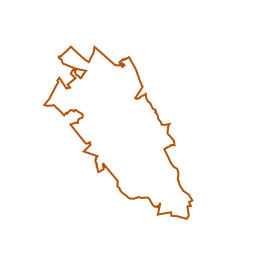 the district of Atlacomulco, México, Mexico, rotated 27°
{"feature_id": "50627088B32133726241460", "entity_name": "Atlacomulco", "entity_type": "district", "adm_level": 2, "iso_a3": "MEX", "parent_name": "Mexico", "parent_adm1": "México", "projection": "mercator", "projection_center": [-99.861, 19.816], "detail": "fine", "context": "isolated", "style": "outline", "palette": "amber", "viewbox_px": 256, "rotation_deg": 27, "n_neighbors": 0, "source": "geoboundaries", "source_scale": "gbopen_adm2", "svg_char_len": 5595}
<svg xmlns="http://www.w3.org/2000/svg" viewBox="0 0 256 256"><g transform="rotate(27 128 128)"><path d="M67.5,72.5L61.4,71.0L63.2,76.9L63.1,78.9L63.2,87.1L58.0,86.5L45.0,83.0L40.2,81.5L39.7,82.9L39.2,84.9L38.9,85.6L38.2,88.1L37.9,88.2L36.0,93.5L35.9,94.1L35.7,94.4L35.2,94.8L34.8,95.0L34.7,95.0L34.4,95.2L34.1,95.6L34.0,95.8L34.1,96.2L34.5,96.8L34.6,97.0L35.0,97.1L35.3,97.1L35.6,97.1L36.1,96.9L36.5,96.9L36.6,97.1L37.3,97.4L37.8,97.5L38.1,97.6L38.2,97.9L38.5,98.2L38.8,98.3L39.2,98.9L39.4,99.2L39.6,99.3L39.9,99.6L40.4,99.8L41.0,100.0L41.7,100.2L42.2,100.1L43.1,99.8L48.8,99.5L55.7,98.6L64.7,96.1L63.6,101.4L63.8,100.9L63.8,101.2L63.8,101.5L63.7,102.6L63.6,102.9L63.5,103.1L63.7,104.2L63.7,104.5L63.6,104.8L63.5,105.0L63.3,105.2L63.1,105.2L62.8,105.2L62.3,105.0L61.2,104.5L60.7,104.3L60.4,104.1L60.1,104.0L59.2,104.1L58.9,104.3L58.6,104.5L58.4,104.4L57.9,104.2L57.7,104.1L56.5,103.0L56.3,102.9L55.7,102.6L55.2,102.0L55.0,101.6L55.0,101.4L55.1,100.9L55.4,100.4L55.3,100.2L55.2,100.1L54.7,100.2L54.3,100.5L54.1,100.8L53.9,100.9L52.9,101.1L52.5,101.3L52.3,105.5L58.6,107.6L54.5,116.7L58.1,118.3L57.2,119.1L55.8,119.7L55.5,120.2L55.3,120.7L44.0,114.5L43.5,117.8L45.1,118.6L44.7,125.4L44.8,128.4L44.6,134.8L44.9,136.9L44.5,138.4L44.2,139.8L43.9,140.9L43.8,141.4L43.5,143.1L43.3,143.5L43.0,145.5L46.2,144.8L46.6,144.6L48.3,143.4L49.6,142.8L50.5,142.2L51.4,141.3L61.4,144.2L65.4,145.8L66.0,142.5L67.4,142.8L67.7,140.6L68.6,138.3L70.7,137.4L72.4,137.7L72.7,135.9L73.6,135.7L75.4,136.0L76.7,136.3L77.6,136.1L78.2,136.2L79.3,136.4L80.4,136.2L80.8,136.2L81.2,136.3L81.5,136.7L82.4,138.5L82.5,139.5L82.2,140.2L81.0,141.2L80.0,142.6L80.0,143.1L80.3,144.8L80.5,145.4L81.1,146.1L79.7,146.9L79.0,147.0L75.5,150.6L75.2,151.0L84.1,155.1L97.1,160.9L97.6,161.0L98.4,160.6L98.5,160.5L99.0,159.9L99.3,159.7L100.0,158.8L100.1,158.5L100.6,157.9L100.8,158.0L101.0,158.3L100.8,158.6L100.6,158.8L100.9,158.9L101.3,158.8L100.9,159.0L101.0,159.2L101.3,159.1L101.7,159.7L101.9,159.8L101.8,160.1L101.8,160.3L102.1,160.5L99.2,169.0L113.6,166.9L113.7,167.6L113.0,168.2L113.1,168.8L113.2,170.0L113.8,170.7L113.8,171.0L113.7,171.2L113.5,171.3L113.4,171.6L114.8,173.2L115.0,173.1L115.4,173.2L115.4,173.4L115.6,173.5L115.8,173.8L116.3,174.4L116.5,174.4L116.5,174.5L116.5,174.9L116.8,175.2L117.0,175.1L117.1,175.4L117.5,175.6L117.8,176.2L117.8,177.0L119.0,177.6L119.1,177.8L119.7,178.6L120.6,180.0L121.1,180.4L121.6,180.8L125.1,175.8L122.0,171.7L122.2,171.4L122.5,170.9L125.0,172.9L125.3,172.3L143.0,180.0L143.0,180.5L143.4,181.5L143.8,182.0L144.3,182.5L144.5,182.9L144.5,183.6L144.5,184.3L145.3,184.9L146.1,185.2L146.7,185.2L147.2,185.2L147.7,185.5L150.3,187.7L151.2,187.9L151.5,188.0L152.0,188.2L153.1,188.4L153.3,188.4L154.3,188.7L154.9,188.7L155.9,188.9L157.1,189.0L157.5,189.2L157.9,189.4L158.6,189.6L159.3,189.7L161.3,190.1L161.7,190.1L162.1,189.9L162.5,189.6L163.1,189.4L163.6,189.1L164.7,188.7L165.5,188.2L165.8,187.7L166.1,187.5L166.5,187.2L166.8,186.8L167.4,186.4L167.6,185.8L167.8,185.6L168.8,184.9L169.5,184.6L169.9,184.5L170.7,184.4L171.1,184.4L171.8,184.0L172.6,183.7L173.1,183.4L173.4,183.2L175.7,181.8L176.6,181.4L177.0,181.3L178.0,181.1L178.3,181.1L180.0,182.0L181.9,183.3L182.4,183.7L182.9,183.9L183.4,184.3L183.8,184.5L184.4,185.0L184.7,185.2L185.6,185.5L186.5,185.7L187.4,185.9L188.1,185.9L188.4,185.7L188.9,185.4L189.2,184.6L190.1,184.9L190.5,184.9L190.7,185.0L190.8,180.0L193.3,189.1L193.9,191.6L194.3,191.2L204.5,183.6L206.6,186.5L212.1,184.2L221.6,182.3L222.0,178.5L216.6,170.9L218.1,169.6L219.3,168.9L216.0,166.4L218.3,163.4L212.5,159.8L205.5,158.8L203.6,157.5L201.9,156.8L199.1,154.5L198.0,153.5L197.4,152.3L196.2,151.9L196.0,151.7L194.9,149.0L194.3,147.4L194.0,146.2L191.8,143.5L190.3,142.0L188.9,142.0L186.4,141.8L184.8,141.1L183.6,140.4L183.3,140.3L182.5,139.8L181.3,139.1L180.9,139.0L179.8,137.7L178.9,137.2L177.3,135.8L174.1,133.5L171.2,131.4L171.0,131.2L169.9,130.2L171.4,128.3L171.4,128.1L171.4,127.7L171.6,127.5L172.5,126.6L173.2,125.8L173.9,124.9L173.7,124.3L174.9,123.1L175.7,122.8L177.3,122.2L174.7,118.5L172.6,117.6L169.1,116.2L166.4,115.4L166.1,115.1L165.9,115.0L164.9,113.3L164.7,112.9L164.8,112.7L164.7,112.5L163.7,109.8L163.3,109.4L163.2,107.9L163.0,107.1L163.0,106.2L163.1,105.7L162.5,106.1L161.4,107.0L161.2,107.1L160.1,108.2L159.5,108.4L159.2,108.6L158.4,108.9L157.6,109.2L156.4,109.8L155.4,108.6L154.5,107.8L151.5,106.5L151.4,106.3L150.8,106.0L150.4,105.7L149.8,104.6L149.0,103.8L148.8,103.7L148.5,103.4L148.5,103.2L148.4,103.0L147.9,102.8L147.4,102.5L146.2,101.9L145.8,101.3L145.5,101.5L145.5,101.4L145.6,101.1L144.9,100.7L144.9,100.3L144.7,99.9L144.7,99.6L143.3,99.6L142.7,99.4L142.3,99.3L141.8,99.4L141.3,99.4L140.9,99.3L140.2,98.7L139.8,98.3L138.8,97.6L137.9,96.8L137.1,96.1L136.4,95.8L135.7,95.7L134.6,95.3L133.9,95.4L133.3,94.8L130.9,93.3L130.6,92.9L129.8,91.6L129.3,91.0L128.3,89.5L127.4,91.3L126.8,92.1L126.4,92.5L125.8,93.3L125.7,93.5L125.4,93.8L125.3,94.1L125.2,94.3L125.1,94.7L124.9,94.8L124.8,95.1L124.8,95.4L124.9,95.6L124.7,96.1L124.2,96.3L124.0,96.8L123.3,97.2L123.3,97.4L123.2,97.5L122.7,98.1L121.6,98.2L120.9,98.1L121.3,94.2L121.6,92.5L122.3,84.5L121.2,84.0L119.8,82.9L119.2,82.3L118.4,81.7L117.9,81.3L114.8,78.2L112.9,76.5L109.7,73.4L107.2,71.3L105.7,70.3L100.2,66.8L100.1,66.6L98.5,65.5L97.4,64.8L96.7,64.4L95.0,67.4L94.5,67.2L93.0,69.5L92.4,69.1L90.5,73.2L90.6,73.3L91.2,73.8L91.6,73.0L92.7,73.8L93.1,74.1L93.7,73.1L94.4,73.9L94.7,73.6L95.0,73.8L95.3,73.3L96.4,73.8L95.3,76.1L93.3,75.2L92.9,75.3L92.7,75.4L92.1,75.9L92.0,76.0L91.7,76.1L91.1,76.5L90.7,76.8L90.4,77.0L90.2,76.9L88.2,77.7L87.8,77.8L67.5,72.5Z" fill="none" stroke="#b45309" stroke-width="2"/></g></svg>